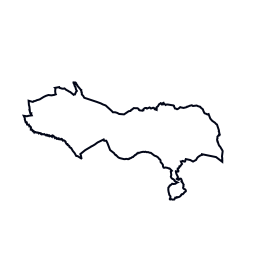 outline of Curatele, Bihor, Romania, rotated 38°
{"feature_id": "2599482B66131117127399", "entity_name": "Curatele", "entity_type": "district", "adm_level": 2, "iso_a3": "ROU", "parent_name": "Romania", "parent_adm1": "Bihor", "projection": "natural_earth1", "projection_center": [22.466, 46.727], "detail": "fine", "context": "isolated", "style": "outline", "palette": "ink", "viewbox_px": 256, "rotation_deg": 38, "n_neighbors": 0, "source": "geoboundaries", "source_scale": "gbopen_adm2", "svg_char_len": 5796}
<svg xmlns="http://www.w3.org/2000/svg" viewBox="0 0 256 256"><g transform="rotate(38 128 128)"><path d="M104.4,181.9L105.6,181.2L110.7,180.7L109.9,180.5L108.0,178.8L106.5,177.9L107.9,171.8L110.4,165.4L110.4,165.0L110.9,164.3L112.0,161.5L112.9,158.2L115.9,152.0L117.1,152.7L118.7,151.4L121.0,152.5L127.5,156.4L132.5,156.4L134.0,156.9L135.0,157.0L135.2,156.7L138.0,157.1L138.8,157.1L140.5,156.6L144.0,155.0L145.1,154.1L145.4,153.6L146.4,152.9L147.2,152.6L147.9,151.8L147.8,151.1L148.3,150.7L149.0,149.4L149.1,148.7L149.9,147.6L149.8,147.1L150.2,145.6L150.1,145.2L150.7,144.2L150.7,142.7L151.3,142.2L151.2,141.3L152.1,140.7L153.2,139.0L154.6,137.4L155.8,136.7L156.3,136.0L157.7,135.5L158.7,134.6L160.2,134.2L161.3,133.5L165.5,133.5L166.9,133.2L167.8,132.8L170.0,132.7L171.6,133.2L172.8,133.1L173.9,133.8L174.5,134.6L175.0,134.9L176.4,135.0L178.1,135.5L179.1,136.6L180.3,137.3L180.9,137.2L181.9,136.0L183.9,135.0L185.0,134.8L185.6,134.3L188.3,134.6L188.9,134.7L188.5,135.9L188.7,136.2L189.5,136.8L190.3,137.7L191.0,138.3L191.7,140.0L191.9,140.1L193.3,140.7L194.5,140.7L195.2,140.4L196.4,140.5L197.0,140.9L197.6,141.0L200.5,140.4L200.1,141.1L199.7,142.7L198.3,144.2L197.1,144.7L196.9,146.3L196.6,146.8L196.3,147.8L196.6,148.3L196.5,150.1L197.9,152.0L199.6,153.6L200.8,154.4L201.6,155.2L203.5,155.7L204.1,156.4L204.6,158.2L204.8,158.4L205.2,158.4L205.5,158.1L205.6,157.7L205.9,157.4L207.2,157.0L208.5,155.8L208.1,153.7L209.0,153.3L209.4,152.9L209.5,152.4L209.3,152.2L210.4,151.4L211.0,150.2L211.3,148.4L211.0,147.8L211.1,147.3L211.3,146.8L211.9,146.5L212.1,145.2L212.0,144.2L212.5,142.4L212.4,142.0L211.8,141.5L210.9,141.2L209.4,141.6L208.5,141.4L208.0,140.9L207.8,140.0L207.2,139.5L206.8,138.4L204.9,137.7L204.4,137.3L203.4,137.4L203.0,137.2L203.0,136.5L201.4,135.5L200.9,135.4L200.1,135.9L199.8,136.4L200.1,137.1L199.6,137.8L197.8,138.1L197.8,136.4L197.6,135.9L194.3,134.3L192.4,132.8L192.3,132.6L192.6,132.4L193.5,132.3L194.4,131.3L194.1,130.7L192.5,130.0L192.1,129.3L192.6,128.7L192.7,128.3L192.7,127.7L192.1,126.6L192.8,126.0L192.6,125.6L192.7,123.1L190.3,121.8L191.0,121.1L191.2,120.4L192.0,120.0L192.7,120.0L193.4,119.6L193.6,119.2L193.0,117.9L192.7,116.9L196.8,114.9L199.9,114.4L201.3,111.2L201.0,109.5L201.0,108.0L201.6,105.9L202.5,104.0L202.9,103.6L202.5,103.1L215.3,96.7L223.1,96.6L222.0,95.1L221.6,94.9L220.9,93.8L219.6,92.6L217.0,88.2L216.5,87.7L211.9,85.9L211.1,85.9L209.7,85.3L207.8,84.0L207.3,83.9L206.9,83.7L206.9,83.3L205.7,82.7L205.0,81.8L205.0,81.2L204.0,80.1L203.8,79.7L203.9,78.2L204.3,77.8L204.1,77.6L204.5,77.2L204.3,76.6L203.9,76.4L203.6,76.8L203.4,76.1L202.3,75.1L201.7,74.9L201.5,74.3L200.5,73.5L196.0,70.5L194.9,70.6L193.3,70.3L190.0,70.5L188.4,70.2L187.0,69.9L182.9,67.4L182.2,68.5L181.2,68.6L179.4,69.2L178.8,69.1L176.5,67.9L175.6,67.2L172.3,67.1L171.9,66.8L169.8,67.7L168.3,68.0L165.6,70.7L164.3,70.8L162.8,72.7L162.3,73.8L161.4,74.9L161.5,75.2L161.0,76.0L159.4,78.0L157.2,79.1L156.3,79.4L156.2,80.3L155.6,82.2L155.1,83.0L153.9,83.2L153.0,83.7L150.7,82.5L150.5,82.2L150.0,82.2L144.7,85.1L143.7,86.0L143.5,86.7L141.0,86.6L140.5,86.3L140.3,86.7L141.0,87.5L141.0,88.0L140.2,88.4L140.0,88.7L139.0,88.5L138.5,87.5L138.5,88.5L137.9,90.1L138.2,92.5L137.8,94.0L138.0,95.0L138.7,95.2L138.5,95.5L138.7,95.8L139.2,96.2L137.5,96.8L137.0,96.3L135.8,96.3L135.3,96.6L134.1,98.5L132.4,98.5L131.0,101.0L130.2,100.9L129.5,101.4L128.9,102.2L128.6,103.9L128.7,104.3L129.1,104.6L128.7,105.0L128.8,105.4L126.3,106.9L125.6,107.0L125.0,106.6L123.7,106.5L123.1,106.7L120.2,108.9L119.9,110.9L119.5,111.3L119.4,112.3L119.5,113.0L118.2,114.4L116.5,119.7L112.4,122.4L110.3,122.7L108.2,123.5L106.4,124.9L104.8,124.6L96.5,124.0L93.7,124.9L91.5,125.3L87.2,126.7L74.9,131.1L73.0,130.3L71.0,130.0L70.1,128.9L69.5,128.6L69.5,128.3L67.9,127.4L68.0,127.1L67.8,126.8L67.2,126.9L61.9,125.8L61.7,125.5L61.0,125.3L60.3,125.5L59.7,124.7L58.6,124.5L57.0,125.6L57.2,126.0L58.2,126.3L58.5,126.6L59.3,127.0L59.9,127.6L61.5,128.2L63.4,129.7L64.9,130.3L64.8,131.6L65.5,134.2L64.8,134.7L64.7,135.3L60.3,135.2L59.3,135.5L57.2,135.7L56.0,136.0L53.6,135.9L52.7,137.0L51.7,137.6L49.3,138.5L48.6,138.1L45.8,141.3L46.4,141.4L47.9,143.8L49.6,145.5L50.4,145.9L49.5,147.3L47.6,149.4L45.0,151.0L43.6,153.1L42.4,155.5L40.8,159.8L39.9,161.1L39.1,162.1L38.7,163.0L37.7,164.5L37.2,164.9L37.1,165.7L36.8,166.1L32.9,167.7L35.8,170.9L37.1,171.8L39.5,174.3L39.3,174.5L41.8,176.4L42.7,175.9L43.1,176.9L43.8,177.0L44.4,177.3L42.4,179.3L41.1,181.0L38.3,182.6L40.5,183.7L41.1,184.3L41.2,184.6L43.7,186.4L44.1,186.1L44.5,186.4L44.9,186.0L46.3,187.4L47.3,187.0L47.8,186.4L49.3,187.5L49.8,186.9L50.6,187.0L51.3,187.4L51.6,188.1L52.4,189.1L53.1,188.4L53.9,188.5L53.7,188.6L53.9,188.8L54.4,188.7L54.3,188.9L55.0,189.2L56.2,188.9L56.8,189.2L56.8,188.8L57.5,188.5L57.4,188.3L57.6,188.1L59.3,187.7L59.4,187.3L60.2,186.9L60.9,186.7L61.1,186.9L61.3,186.4L62.2,186.0L62.6,186.2L62.8,185.9L63.6,186.3L64.1,186.1L64.4,185.4L65.3,185.0L65.7,184.4L66.4,184.5L67.3,184.1L67.8,184.2L67.9,183.9L68.1,184.0L68.2,183.4L68.6,183.4L68.7,183.2L69.3,183.4L69.4,183.0L69.9,183.0L69.7,182.8L69.8,182.7L70.5,182.9L70.7,182.2L71.5,182.3L72.2,181.9L73.1,181.8L72.9,181.6L73.3,181.3L72.8,180.9L72.9,180.5L73.3,180.5L73.9,180.1L74.1,180.2L74.0,180.4L74.7,180.2L75.8,180.6L75.7,180.3L76.0,180.3L76.1,180.5L76.7,180.4L77.0,180.0L77.5,180.0L77.9,180.4L78.2,180.4L78.2,180.0L78.7,180.1L78.8,179.9L78.7,179.8L78.9,179.6L78.9,179.8L79.4,179.8L80.1,179.6L80.6,179.0L81.1,179.0L81.6,178.8L82.0,177.7L82.6,177.4L83.0,177.8L82.8,177.8L82.9,178.0L83.6,177.8L84.2,177.9L84.4,177.7L84.6,177.9L85.0,177.4L85.2,177.2L86.5,177.1L87.2,177.2L87.5,177.7L89.4,178.4L89.8,178.3L90.1,178.0L90.8,178.6L91.2,178.6L91.5,178.3L92.6,178.4L93.2,178.5L93.5,179.0L94.1,179.1L95.4,178.8L95.7,179.0L95.9,178.9L98.5,180.0L101.3,180.6L104.4,181.9Z" fill="none" stroke="#020617" stroke-width="2"/></g></svg>